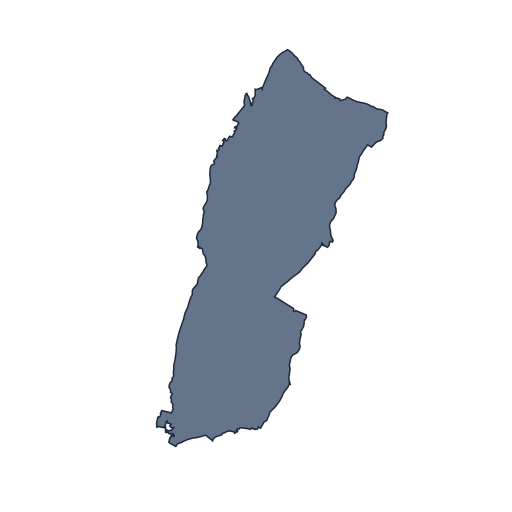 Izvoru Berheciului, Bacau, Romania (Albers equal-area conic projection), rotated 224°
{"feature_id": "2599482B69933223612688", "entity_name": "Izvoru Berheciului", "entity_type": "district", "adm_level": 2, "iso_a3": "ROU", "parent_name": "Romania", "parent_adm1": "Bacau", "projection": "albers", "projection_center": [27.223, 46.591], "detail": "fine", "context": "isolated", "style": "filled", "palette": "slate", "viewbox_px": 512, "rotation_deg": 224, "n_neighbors": 0, "source": "geoboundaries", "source_scale": "gbopen_adm2", "svg_char_len": 6075}
<svg xmlns="http://www.w3.org/2000/svg" viewBox="0 0 512 512"><g transform="rotate(224 256 256)"><path d="M367.2,337.9L366.1,338.1L364.8,338.9L362.6,339.7L360.9,339.7L359.9,336.2L360.2,334.7L360.7,334.7L360.7,333.6L360.4,333.2L359.5,334.0L359.5,335.4L358.6,334.8L358.1,333.6L358.1,331.8L358.5,330.6L357.3,330.2L356.4,327.9L356.5,327.3L356.0,326.4L355.7,325.4L356.6,324.5L357.8,324.2L357.8,323.1L358.0,323.1L357.1,319.5L357.2,318.3L358.8,317.8L359.3,319.0L360.5,318.5L360.3,316.3L359.9,315.7L358.3,315.9L357.8,314.6L357.7,313.7L356.6,311.8L357.8,310.8L358.8,310.5L358.8,310.2L357.9,308.9L357.8,307.4L357.1,307.4L356.4,306.8L356.3,305.9L356.7,305.6L356.7,305.1L357.5,304.9L356.8,304.0L355.3,303.4L353.7,300.3L352.7,300.4L352.6,296.0L352.0,294.5L350.7,294.3L349.9,293.2L351.0,290.8L350.9,289.9L350.4,288.3L349.6,287.0L348.2,285.2L345.3,282.1L340.8,278.2L340.4,277.6L339.7,277.2L338.5,274.1L337.2,271.9L336.4,269.7L336.0,267.7L333.0,265.7L330.8,263.5L330.1,262.3L329.8,262.2L329.0,260.4L328.5,257.4L327.4,253.9L326.9,253.2L324.7,252.2L323.1,250.6L322.6,249.2L321.4,248.0L319.0,244.3L318.2,243.8L315.7,240.3L315.0,239.1L314.3,237.2L314.0,235.2L314.1,233.4L313.6,231.7L312.5,229.5L311.0,227.3L308.2,226.4L305.1,223.6L304.3,221.9L302.6,223.1L302.5,222.2L302.0,222.2L300.2,224.0L299.6,223.9L295.8,221.1L292.4,220.4L290.9,219.7L288.2,217.5L287.3,216.5L285.6,216.0L284.9,215.3L284.3,214.2L284.1,211.8L283.1,207.6L282.3,202.6L282.3,200.4L278.8,195.0L278.4,188.4L277.4,186.3L276.1,185.3L274.7,183.2L274.3,181.4L272.9,178.1L269.4,171.3L267.4,165.5L264.3,160.4L258.2,147.4L254.1,140.4L251.4,136.2L249.6,134.8L245.5,129.8L241.3,123.7L239.3,120.4L236.3,117.3L234.9,115.1L233.8,114.5L233.6,113.9L232.1,112.7L231.3,110.8L231.6,109.8L230.8,109.4L229.4,106.9L229.6,106.1L229.9,105.7L228.9,103.1L228.3,102.6L227.7,101.4L227.2,101.3L227.0,101.0L224.2,100.3L222.9,98.5L220.8,98.8L219.1,94.7L217.3,94.1L216.3,93.3L215.9,92.3L213.4,91.6L211.6,90.7L211.1,89.4L209.6,88.7L209.0,87.8L208.9,87.0L208.4,86.2L208.0,84.3L216.5,79.3L215.5,77.2L215.5,76.4L214.7,76.3L213.6,73.9L214.1,72.5L214.5,72.5L214.5,71.9L214.2,71.1L211.6,66.9L208.5,64.0L208.0,64.2L208.0,65.4L203.8,68.0L204.0,68.3L203.1,68.9L203.1,69.2L202.0,68.8L201.6,69.0L202.0,70.1L203.5,70.8L205.4,74.3L205.4,75.6L204.9,75.4L204.5,74.2L204.0,74.2L200.7,76.0L200.0,76.0L200.1,74.0L198.7,73.9L198.3,73.6L196.9,74.3L196.2,75.4L195.8,75.4L196.0,72.8L195.7,72.6L195.7,71.8L195.9,71.4L196.8,71.0L196.8,70.1L198.1,69.0L198.4,69.3L200.5,68.8L199.9,67.6L198.9,66.5L197.6,66.8L197.5,67.7L196.4,68.1L195.5,67.7L194.2,68.3L194.0,69.2L192.5,69.8L192.3,70.5L191.6,70.2L190.4,70.4L189.8,69.2L192.2,68.3L192.2,67.7L191.6,67.7L191.4,67.4L191.7,65.4L189.3,61.5L186.4,61.8L182.6,63.1L181.9,62.9L181.3,63.4L181.7,64.6L181.9,66.2L181.3,67.9L179.8,70.2L179.7,71.0L179.9,71.3L177.6,76.7L174.7,81.6L172.2,84.5L167.5,92.4L165.3,92.3L160.1,92.9L158.9,92.7L159.7,95.8L159.6,97.1L158.6,99.6L156.6,102.9L156.4,104.0L157.0,104.9L156.3,106.3L156.0,106.4L155.4,108.3L155.3,109.7L154.6,109.9L153.9,111.3L153.9,111.8L152.2,112.4L151.6,113.2L150.1,113.8L149.9,114.2L149.0,114.3L148.6,113.7L148.1,113.6L148.2,114.8L147.3,116.5L147.4,117.3L148.2,117.6L149.1,116.9L149.0,118.2L149.3,118.4L149.2,118.8L147.9,119.7L147.8,120.0L148.3,120.4L148.0,121.6L141.1,126.7L139.7,127.2L139.4,128.8L139.6,129.6L138.2,129.5L138.0,129.8L136.2,130.6L136.3,130.9L134.8,132.1L134.7,132.8L135.5,134.7L133.1,135.2L134.5,140.5L134.9,142.7L134.3,143.9L134.0,145.3L134.9,146.9L135.6,149.6L137.5,153.2L137.4,161.4L138.4,168.7L138.9,170.0L139.2,171.8L141.0,176.2L141.6,179.3L141.5,181.3L141.8,182.0L142.2,184.6L143.2,187.0L142.3,187.4L144.4,188.3L144.5,188.5L144.2,188.7L145.5,189.3L147.7,191.1L153.0,198.4L154.2,199.4L155.8,200.2L159.9,206.5L160.5,208.1L160.7,210.2L160.5,211.4L159.6,213.7L159.3,215.8L160.1,219.4L161.2,221.3L164.8,224.1L165.9,226.0L166.2,226.0L169.0,231.0L170.9,232.1L171.4,232.8L172.8,238.3L174.6,241.1L175.5,241.8L176.2,243.0L177.1,246.9L177.6,247.4L179.0,248.5L189.7,244.3L189.5,243.0L190.0,242.6L190.8,242.5L192.4,244.3L211.9,240.2L214.1,239.3L215.9,248.6L216.7,251.3L215.4,260.6L215.2,264.7L213.5,274.7L214.1,279.6L213.8,287.0L214.9,297.7L215.2,298.9L216.2,300.6L216.1,301.6L215.7,302.7L216.4,310.1L217.5,310.5L217.6,311.1L215.1,311.0L214.9,310.3L212.8,311.3L210.7,311.8L210.6,312.5L210.8,314.3L211.7,315.9L212.9,317.4L211.5,319.2L211.0,319.2L210.4,318.5L211.4,320.8L214.8,322.1L216.9,323.2L220.3,326.1L223.0,327.9L224.8,329.7L226.1,332.7L226.2,336.6L228.4,342.8L231.5,345.7L234.1,346.8L235.9,349.1L236.5,351.7L236.5,354.1L236.1,355.6L237.1,358.4L237.4,363.5L238.2,366.1L238.2,372.8L239.0,375.5L239.5,379.0L240.2,381.0L241.5,382.4L242.5,384.2L243.7,387.4L245.1,390.1L246.5,391.8L246.9,393.2L248.8,396.5L250.5,398.9L250.9,402.1L252.0,407.1L252.9,413.4L248.5,414.6L248.6,420.3L248.0,423.0L246.6,425.5L246.5,428.9L248.2,430.6L248.2,431.9L249.8,433.6L251.4,438.7L253.1,440.7L255.3,442.5L258.9,447.0L260.3,449.1L260.6,450.5L261.6,450.3L263.2,449.6L265.7,449.3L268.8,447.6L270.7,446.0L271.7,445.6L275.6,444.9L276.4,444.1L278.2,443.4L279.5,443.3L283.4,441.7L290.0,437.5L293.1,436.0L300.5,433.8L300.9,433.3L300.5,431.1L302.4,428.0L302.8,426.6L305.0,426.6L305.0,427.0L305.7,426.7L307.6,425.8L308.8,424.4L309.1,425.2L313.5,424.3L318.9,424.0L322.6,423.3L322.5,425.0L339.2,423.1L340.4,423.1L343.0,423.9L343.6,423.4L344.0,423.5L344.8,423.0L346.2,423.3L348.6,422.5L350.8,422.7L353.0,424.7L354.8,424.9L359.4,426.1L361.8,426.3L364.0,427.1L367.0,426.8L371.3,427.1L375.3,426.7L376.8,426.2L377.3,423.5L378.3,420.9L378.9,416.6L378.9,413.6L377.5,405.7L376.7,403.9L376.5,401.4L373.8,396.4L371.6,390.0L368.2,381.5L367.4,380.4L369.2,380.8L370.0,378.6L371.1,376.4L371.6,375.8L372.5,375.4L368.3,371.1L367.0,368.3L367.6,367.8L368.0,366.8L365.7,365.6L365.1,364.5L365.1,363.2L364.3,362.2L363.6,362.0L363.5,361.5L363.5,361.1L364.4,360.8L365.2,361.6L365.7,361.6L367.3,363.2L370.5,364.5L371.1,365.2L373.4,365.7L375.4,366.6L375.9,366.1L376.0,365.7L375.3,365.0L375.1,364.2L375.2,363.5L374.4,362.8L371.9,358.6L368.7,356.2L367.6,343.5L367.6,340.5L367.2,337.9Z" fill="#64748b" stroke="#1e293b" stroke-width="1.5"/></g></svg>